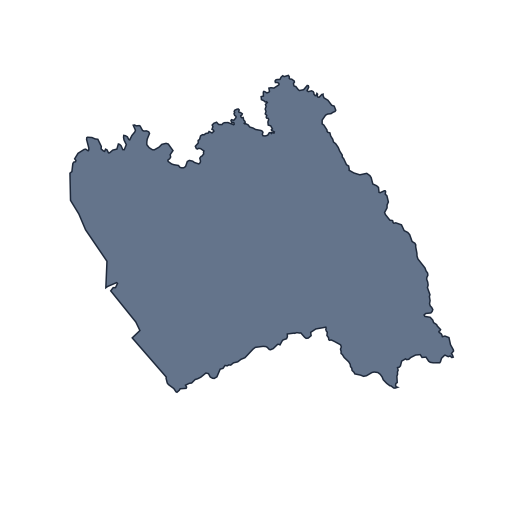 outline of Hakha, Chin, Myanmar, rotated 155°
{"feature_id": "60261553B91300055563286", "entity_name": "Hakha", "entity_type": "district", "adm_level": 2, "iso_a3": "MMR", "parent_name": "Myanmar", "parent_adm1": "Chin", "projection": "mercator", "projection_center": [93.452, 22.539], "detail": "fine", "context": "isolated", "style": "filled", "palette": "slate", "viewbox_px": 512, "rotation_deg": 155, "n_neighbors": 0, "source": "geoboundaries", "source_scale": "gbopen_adm2", "svg_char_len": 6123}
<svg xmlns="http://www.w3.org/2000/svg" viewBox="0 0 512 512"><g transform="rotate(155 256 256)"><path d="M183.2,77.2L184.3,78.3L184.1,80.0L183.0,81.4L181.5,81.6L179.1,87.6L177.7,88.9L176.8,91.2L175.5,92.3L174.9,95.1L173.1,94.7L171.5,95.4L168.4,99.2L163.9,99.6L163.3,98.4L161.2,97.8L158.7,98.6L153.2,98.8L148.8,97.2L148.4,93.9L144.7,92.5L144.0,87.7L143.0,86.0L140.5,84.3L134.6,81.6L133.5,82.2L131.1,84.9L127.1,86.3L126.6,86.3L124.3,83.5L122.4,83.4L121.4,81.2L120.0,81.0L119.8,83.1L120.1,85.0L117.1,86.4L116.8,87.6L117.2,93.4L115.6,100.5L118.6,103.6L121.2,104.1L120.9,106.1L121.1,107.4L122.3,109.3L122.1,110.4L120.8,110.5L119.8,111.3L121.3,115.9L121.3,117.5L123.2,120.6L122.9,123.2L124.0,126.8L128.5,129.9L128.6,131.5L126.5,132.2L121.6,130.5L119.8,131.3L118.4,132.7L118.5,135.1L119.2,137.2L118.9,139.4L117.1,142.0L116.0,146.0L114.7,147.4L114.0,154.9L112.3,156.9L111.4,159.8L111.2,162.6L110.4,164.2L108.3,166.0L107.7,168.0L108.2,170.8L107.9,173.7L110.5,184.9L110.1,187.9L109.0,190.5L107.4,196.8L106.5,198.6L106.6,200.4L108.4,203.2L107.7,210.4L108.5,213.2L111.0,216.4L111.0,222.8L115.3,227.0L117.2,227.4L117.7,228.5L117.2,229.8L117.6,230.7L119.5,231.8L121.2,238.8L121.1,241.1L116.9,244.2L115.6,246.9L113.2,249.0L111.9,255.2L112.7,257.4L111.3,259.6L111.3,260.4L112.1,260.9L116.7,260.9L117.6,261.7L116.0,266.4L117.0,268.7L119.7,271.9L118.5,278.3L118.8,280.7L120.7,284.1L127.6,285.7L132.2,289.9L135.4,294.4L134.8,295.4L134.0,298.4L135.4,300.5L135.4,307.5L136.0,308.9L135.2,311.1L135.8,315.6L135.6,319.6L136.3,324.0L137.6,326.6L137.1,329.4L137.6,333.1L137.0,336.4L138.7,337.8L138.9,339.1L138.4,340.1L139.2,346.0L140.2,347.8L138.6,351.2L133.5,354.2L131.2,354.4L127.8,353.3L125.4,353.7L123.3,353.6L122.1,354.4L121.8,358.8L123.7,360.6L125.0,366.7L127.6,370.7L127.3,373.5L126.8,374.3L128.1,374.6L131.7,373.2L132.7,373.8L132.9,375.2L131.8,376.6L132.1,377.6L133.7,376.0L134.6,376.3L135.1,378.1L134.6,379.4L134.7,380.8L135.8,382.2L139.2,382.9L139.9,384.2L136.9,386.7L136.6,388.2L137.5,388.9L142.6,386.6L146.7,387.6L147.4,388.9L148.3,392.8L149.6,393.8L149.6,395.0L149.0,396.7L147.7,397.3L147.4,398.4L148.9,401.2L150.2,401.8L150.8,402.8L150.1,404.3L150.3,406.0L154.7,406.7L155.6,408.1L157.8,407.4L159.6,405.9L162.5,407.1L163.7,407.2L164.8,406.5L165.1,405.0L163.5,404.3L162.5,403.2L162.4,402.1L163.1,401.4L168.8,400.6L171.3,402.2L173.4,402.7L174.2,399.5L175.1,399.0L177.2,399.2L178.7,401.4L179.6,401.9L180.3,401.1L181.7,397.8L184.0,398.3L185.0,395.4L183.3,393.5L182.5,391.6L181.2,391.4L180.9,390.3L183.4,389.4L183.6,387.3L185.6,385.3L185.8,382.8L187.6,380.9L186.8,378.9L188.1,377.5L188.1,376.5L186.8,375.6L186.8,374.4L188.6,372.4L189.6,369.5L187.7,367.8L187.4,364.3L188.8,363.9L188.8,363.2L186.9,360.7L187.8,359.8L189.7,361.3L190.2,360.6L191.0,361.9L191.9,362.1L194.4,360.5L197.0,360.9L198.9,362.1L198.8,363.7L197.4,365.2L197.6,366.5L198.5,367.7L203.0,370.9L204.5,373.1L207.2,375.6L207.7,378.2L209.5,380.3L210.2,380.4L210.6,381.3L209.4,381.6L209.1,382.7L209.7,384.4L209.1,387.0L210.4,387.2L210.9,388.6L210.6,389.6L209.1,389.8L208.3,390.7L209.4,392.6L210.6,393.3L210.6,394.2L209.5,395.5L209.9,396.7L211.1,397.1L213.7,397.1L214.8,396.1L214.7,395.0L215.8,394.2L215.9,392.4L215.2,391.3L215.3,390.4L216.1,389.6L218.8,388.4L220.6,389.9L221.5,389.3L221.5,387.1L220.1,386.6L219.7,385.9L220.2,384.5L220.8,384.4L225.0,388.8L228.3,390.2L229.7,390.2L231.4,389.5L234.3,391.0L235.2,393.9L238.1,394.1L240.4,393.2L240.4,391.4L242.4,389.4L241.4,388.1L241.4,386.9L243.9,386.1L245.9,388.7L247.5,387.6L249.6,388.3L251.9,387.8L253.2,388.6L255.5,388.3L257.9,385.5L259.6,385.2L260.6,382.8L264.6,381.1L264.7,378.6L263.9,377.7L262.5,377.8L260.9,376.8L258.8,373.2L259.8,372.2L260.3,370.6L262.8,369.4L263.9,369.4L265.6,368.4L266.2,365.4L267.1,364.2L268.9,363.6L272.3,366.8L273.3,368.7L276.0,370.8L278.3,370.7L282.0,366.9L284.2,366.5L286.1,367.3L287.5,368.5L288.0,370.8L291.8,373.4L293.6,375.1L295.7,378.8L295.4,380.1L293.0,380.7L291.5,381.8L291.0,384.1L286.7,386.6L288.2,394.6L289.9,396.1L294.2,397.0L297.9,395.6L303.4,395.2L305.0,396.1L307.1,399.4L307.9,403.1L306.7,405.6L305.2,407.9L300.7,412.1L300.8,414.0L302.4,415.7L304.8,416.6L305.8,417.8L306.1,422.8L306.7,423.5L309.6,424.6L310.7,426.1L312.0,426.4L312.1,421.0L313.3,419.7L317.5,417.7L321.4,414.6L322.1,415.4L322.2,418.3L323.5,420.2L324.9,421.2L325.9,419.5L326.6,416.9L326.5,411.7L330.5,408.0L331.8,408.7L331.7,412.9L332.4,414.8L333.4,415.7L336.9,411.7L341.1,412.5L345.0,411.4L346.1,411.8L346.2,415.2L347.2,416.4L349.0,414.8L349.9,415.7L351.1,418.5L349.9,420.7L350.0,428.6L352.3,430.1L354.6,432.7L358.4,434.8L359.3,434.8L360.3,433.2L361.9,424.5L362.8,422.7L363.7,422.3L365.2,424.8L366.7,425.2L373.9,424.3L379.3,420.7L378.8,418.7L379.7,417.7L381.6,418.1L383.0,417.1L387.2,410.3L389.6,409.7L400.6,384.8L398.8,368.9L399.4,351.8L393.3,314.2L405.5,290.7L403.4,291.1L393.6,290.8L393.1,289.7L396.7,286.7L398.8,287.7L402.4,285.8L392.8,246.9L392.7,237.5L402.8,234.1L388.5,184.2L389.2,183.1L390.1,178.4L389.7,176.5L386.5,170.6L385.9,166.7L385.2,165.9L382.4,166.7L380.8,167.7L375.3,165.6L374.3,166.5L374.5,168.7L370.3,168.8L368.0,168.1L363.3,169.8L360.9,169.4L357.2,169.5L350.9,171.1L348.8,169.5L348.6,165.7L347.1,163.6L345.6,162.7L342.5,163.0L336.3,168.6L333.4,168.1L330.3,169.9L328.5,168.6L326.7,168.8L325.0,167.8L321.6,168.7L317.3,167.8L313.3,168.7L309.0,168.5L297.9,172.9L295.2,173.5L287.7,171.1L285.3,169.7L284.4,168.5L283.5,165.7L282.5,164.9L279.5,164.8L273.7,166.8L272.5,166.2L271.8,165.3L268.3,167.9L266.8,168.5L263.3,168.1L261.7,169.5L260.6,172.1L254.0,170.0L253.7,169.6L251.4,169.3L248.8,167.6L247.9,167.4L246.3,161.9L245.4,160.2L243.4,159.5L239.7,160.5L238.7,163.7L232.6,164.6L222.8,162.0L222.9,161.0L223.8,159.9L224.0,158.4L223.6,156.8L225.3,154.0L224.8,151.2L225.4,149.6L225.1,148.6L223.3,148.1L221.5,146.0L216.9,139.8L217.1,137.5L218.8,135.9L219.1,133.8L220.1,131.7L219.4,130.2L219.0,126.8L216.7,120.9L216.4,118.0L217.1,115.8L216.6,113.9L217.3,111.7L216.3,109.1L216.3,107.4L211.5,103.8L209.4,101.5L206.5,100.8L200.0,101.4L197.9,100.9L194.8,98.9L193.4,96.2L192.8,93.0L193.0,90.1L191.4,85.4L189.5,81.8L188.5,81.2L187.0,78.2L185.8,77.5L183.2,77.2Z" fill="#64748b" stroke="#1e293b" stroke-width="1.5"/></g></svg>